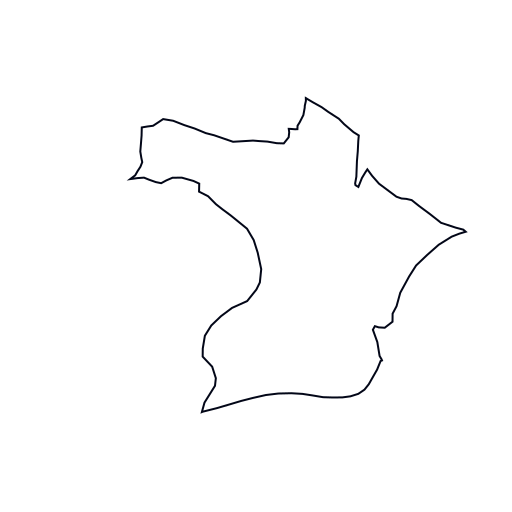 outline of Mongiraud, Gros Islet, Saint Lucia, rotated 32°
{"feature_id": "8701671B12183972503150", "entity_name": "Mongiraud", "entity_type": "district", "adm_level": 2, "iso_a3": "LCA", "parent_name": "Saint Lucia", "parent_adm1": "Gros Islet", "projection": "mercator", "projection_center": [-60.958, 14.063], "detail": "fine", "context": "isolated", "style": "outline", "palette": "ink", "viewbox_px": 512, "rotation_deg": 32, "n_neighbors": 0, "source": "geoboundaries", "source_scale": "gbopen_adm2", "svg_char_len": 1843}
<svg xmlns="http://www.w3.org/2000/svg" viewBox="0 0 512 512"><g transform="rotate(32 256 256)"><path d="M304.5,123.5L304.4,127.4L304.5,133.7L306.2,143.2L302.8,143.2L301.6,141.9L299.1,135.6L291.3,122.0L286.9,113.4L281.7,104.1L279.3,99.3L273.1,99.3L260.9,97.5L253.6,95.7L240.8,95.5L232.7,95.0L222.9,95.5L214.6,95.7L216.1,98.0L217.8,102.8L218.8,104.6L221.5,111.4L222.2,119.5L222.2,123.5L223.9,126.5L222.0,127.8L217.6,130.1L216.4,130.8L218.6,133.5L220.8,138.0L219.9,145.8L213.9,149.3L205.1,152.9L197.9,156.8L192.3,159.7L176.0,171.3L156.5,175.8L148.3,178.4L136.4,180.4L125.8,183.0L114.1,185.2L104.7,189.1L102.5,194.0L99.7,200.1L95.3,203.7L91.0,207.5L95.2,214.6L99.0,221.9L102.5,228.7L106.8,233.6L109.8,236.7L110.7,241.6L110.6,246.8L110.8,251.6L108.6,257.4L114.4,252.6L119.5,248.9L124.7,248.0L131.9,246.4L137.0,244.5L139.9,239.4L143.7,233.9L151.5,228.9L163.2,225.5L169.5,224.7L173.6,231.6L183.7,230.7L194.6,233.3L202.9,234.2L213.0,235.0L233.9,237.6L245.6,243.7L255.7,252.3L267.4,264.4L273.3,276.4L274.1,284.2L272.4,298.9L263.2,312.7L258.2,325.6L254.9,338.6L254.9,350.7L259.9,362.7L264.1,369.6L277.5,373.1L286.7,380.9L290.0,387.8L290.0,399.0L290.0,407.6L292.8,417.0L293.3,416.3L303.3,405.9L312.1,396.0L320.3,386.7L328.7,377.9L338.0,368.7L347.8,360.8L358.6,353.7L368.5,348.3L377.8,344.3L387.7,340.2L395.9,335.4L404.1,330.2L410.4,325.0L415.8,318.7L418.8,311.9L419.6,305.0L419.2,295.6L418.9,288.1L418.5,285.9L417.3,279.0L418.2,277.8L417.1,277.0L413.8,275.3L404.5,264.7L394.2,256.6L394.0,252.5L397.9,251.5L403.2,248.6L406.6,239.4L402.4,232.5L401.8,224.1L397.8,210.7L396.7,192.1L396.8,179.2L400.6,164.4L405.0,149.6L411.7,135.9L416.6,129.3L421.0,124.3L417.8,123.8L410.4,126.1L395.4,129.8L381.7,128.3L368.0,127.2L358.4,126.1L353.2,127.9L349.0,130.1L343.7,131.3L322.0,129.5L312.0,126.5L304.5,123.5Z" fill="none" stroke="#020617" stroke-width="2"/></g></svg>